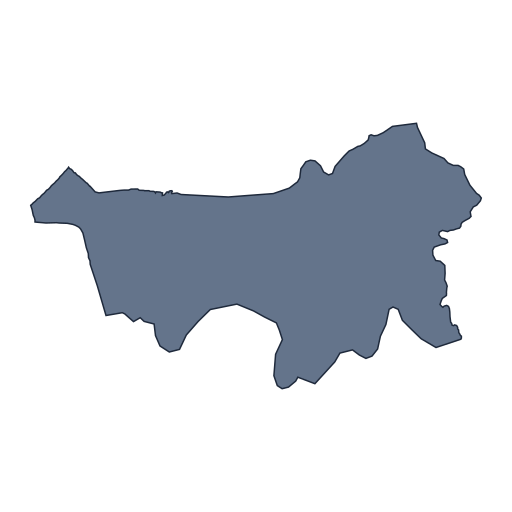 Youwarou, Mopti, Mali (Mercator projection)
{"feature_id": "8926073B44950387084983", "entity_name": "Youwarou", "entity_type": "district", "adm_level": 2, "iso_a3": "MLI", "parent_name": "Mali", "parent_adm1": "Mopti", "projection": "mercator", "projection_center": [-4.577, 15.386], "detail": "fine", "context": "isolated", "style": "filled", "palette": "slate", "viewbox_px": 512, "rotation_deg": 0, "n_neighbors": 0, "source": "geoboundaries", "source_scale": "gbopen_adm2", "svg_char_len": 3636}
<svg xmlns="http://www.w3.org/2000/svg" viewBox="0 0 512 512"><path d="M470.7,216.7L471.0,216.5L470.2,211.8L473.3,206.9L476.7,205.2L480.4,200.8L481.3,198.0L479.2,195.2L476.5,193.4L475.0,191.5L469.9,185.2L464.7,174.5L463.7,169.0L460.8,166.8L458.1,165.4L453.3,165.4L447.9,162.9L444.0,158.5L431.9,153.0L425.4,148.9L424.7,142.8L417.5,127.5L416.5,123.3L392.4,126.4L392.3,126.5L383.2,132.7L377.4,135.4L374.0,135.8L371.1,134.8L369.1,135.7L368.8,137.5L368.2,139.9L364.3,143.4L362.2,144.7L360.2,145.9L357.8,146.4L352.9,149.3L349.1,151.0L344.3,155.8L335.1,166.4L332.5,173.5L328.6,174.9L323.6,172.0L320.5,165.8L315.0,160.9L310.4,160.2L305.8,161.8L303.4,165.3L300.9,168.7L300.3,173.2L299.8,177.8L297.5,181.9L294.9,183.8L289.3,188.1L273.3,193.6L247.7,195.5L237.3,196.3L235.9,196.4L228.3,197.0L181.1,194.5L177.1,193.0L171.8,193.6L171.5,192.7L172.3,191.3L171.8,190.7L170.1,190.8L169.0,191.4L169.0,192.0L168.4,192.6L167.4,191.9L166.8,192.1L166.5,192.2L166.2,192.8L164.8,194.4L164.5,194.8L164.1,195.1L162.3,195.5L162.5,193.1L162.5,192.9L161.8,192.9L160.1,192.1L156.1,191.8L155.5,193.0L154.8,192.0L153.8,191.4L150.0,191.3L149.0,190.7L144.4,190.7L143.9,190.4L143.3,190.4L139.7,190.3L139.1,190.2L137.7,189.0L131.0,189.1L128.5,190.1L123.9,190.1L119.9,190.4L102.2,192.5L99.0,192.9L95.1,191.9L91.2,187.5L90.0,186.2L89.7,186.3L87.8,184.0L87.1,183.2L86.3,182.9L84.8,181.5L82.4,179.2L81.3,178.4L79.2,176.3L78.4,176.0L76.7,174.7L76.0,173.8L75.4,172.9L74.2,172.8L73.5,172.0L72.5,170.5L71.1,169.2L70.5,169.0L69.6,168.6L69.1,167.9L68.6,167.2L67.9,168.3L67.4,168.8L66.0,170.5L64.6,171.7L63.3,173.4L61.3,175.5L60.5,176.2L60.3,176.5L60.2,176.5L59.7,177.0L59.3,178.0L57.7,179.8L57.1,180.3L56.1,181.2L55.0,182.5L54.6,183.0L53.0,184.3L51.4,185.7L50.1,187.5L48.4,189.3L47.2,189.9L46.4,190.5L45.5,191.7L43.9,193.5L42.5,194.5L41.3,195.7L39.6,197.8L37.8,198.7L36.8,199.7L35.2,201.4L33.2,202.9L32.4,203.8L32.2,204.1L30.7,205.3L32.1,209.6L32.8,213.1L33.3,215.4L34.4,217.8L35.0,220.1L35.0,222.0L37.8,222.3L42.6,222.7L45.9,223.0L56.6,222.7L59.1,223.0L67.3,223.3L72.9,224.4L75.4,225.3L78.8,227.1L80.0,228.3L80.7,229.1L82.9,233.0L84.6,240.0L86.3,247.6L87.1,250.0L88.3,253.5L88.5,257.6L90.0,260.8L90.2,264.3L97.3,285.7L106.0,315.5L122.3,312.7L124.8,313.9L127.7,316.5L133.5,321.6L140.2,317.7L141.7,319.1L144.1,321.4L154.1,324.0L155.5,335.6L160.0,346.0L169.3,352.0L179.5,349.4L186.3,335.0L198.2,321.4L210.3,309.5L236.9,304.1L253.5,310.9L264.5,317.0L276.4,322.9L279.3,330.0L282.4,339.6L275.6,354.3L273.9,375.7L277.3,385.6L282.1,388.7L288.5,387.1L295.7,381.1L297.8,377.2L314.9,383.7L334.8,361.9L339.9,353.1L346.2,351.5L352.5,349.9L359.3,355.0L365.9,358.4L372.0,356.1L377.6,349.0L380.4,336.2L385.9,324.5L389.1,309.3L393.0,307.0L398.2,309.3L402.4,320.3L411.8,329.7L421.2,338.8L436.0,347.5L460.9,339.2L461.2,338.4L461.4,338.1L461.4,336.2L460.2,335.1L459.8,334.1L459.5,333.6L458.8,332.6L458.6,330.0L457.7,328.9L457.6,327.2L456.6,325.5L454.6,324.9L454.5,325.0L453.6,325.6L452.1,325.2L451.8,324.0L451.6,323.3L451.3,322.9L450.7,322.3L450.0,316.7L449.8,312.0L449.4,308.6L448.5,306.4L446.7,305.4L444.2,306.1L443.4,306.8L442.9,307.3L442.5,307.0L441.5,306.2L440.0,304.5L441.2,300.9L442.0,299.1L442.3,298.4L445.0,296.5L446.4,295.5L446.5,293.7L446.5,293.0L446.4,292.6L446.8,287.9L447.2,286.2L446.1,283.0L444.6,280.0L445.1,273.4L444.8,265.4L440.2,261.2L435.7,260.5L432.9,255.1L432.6,250.3L434.2,247.1L440.6,244.8L445.0,243.9L447.6,242.5L447.0,240.0L444.0,238.6L441.3,238.0L438.8,234.9L439.3,232.1L442.4,230.4L447.6,231.6L450.0,230.4L453.4,230.0L456.4,228.9L459.5,228.1L460.8,226.3L461.1,224.0L462.2,222.3L465.1,220.5L469.2,218.3L470.7,216.7Z" fill="#64748b" stroke="#1e293b" stroke-width="1.5"/></svg>